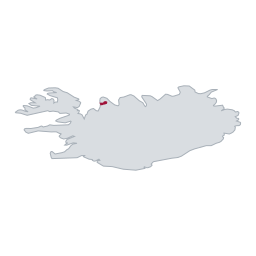 Sveitarfélagið Skagaströnd, Norðurland vestra, Iceland shown in context
{"feature_id": "244011B17586381133924", "entity_name": "Sveitarfélagið Skagaströnd", "entity_type": "district", "adm_level": 2, "iso_a3": "ISL", "parent_name": "Iceland", "parent_adm1": "Norðurland vestra", "projection": "robinson", "projection_center": [-20.221, 65.865], "detail": "fine", "context": "in_parent", "style": "filled", "palette": "rose", "viewbox_px": 256, "rotation_deg": 0, "n_neighbors": 0, "source": "geoboundaries", "source_scale": "gbopen_adm2", "svg_char_len": 4320}
<svg xmlns="http://www.w3.org/2000/svg" viewBox="0 0 256 256"><path d="M198.5,93.6L200.8,93.7L204.6,92.8L210.0,90.1L212.3,89.5L217.6,89.5L211.3,92.1L209.0,94.9L207.3,96.3L207.3,96.9L211.9,98.6L214.1,98.0L215.1,98.3L216.0,99.1L216.6,100.7L216.3,102.3L215.1,104.0L213.4,105.4L213.6,105.9L215.1,106.1L222.6,105.2L223.5,107.3L224.2,108.0L224.0,108.7L221.2,110.9L224.6,109.5L227.4,109.1L232.2,109.8L234.1,110.6L235.4,112.0L237.7,111.5L238.8,112.3L238.9,113.2L238.0,115.5L235.2,116.7L237.0,118.4L238.4,118.4L238.7,118.8L238.6,119.8L236.5,121.0L240.2,122.3L240.6,122.8L240.5,124.3L239.9,125.1L238.9,125.6L236.3,125.7L234.7,126.3L235.3,127.2L234.9,129.9L233.0,132.1L231.1,133.2L229.3,134.0L224.0,133.1L224.3,135.0L222.5,136.2L222.9,137.1L223.6,137.6L223.3,138.9L221.0,141.4L219.4,142.3L216.1,143.3L211.3,145.6L206.4,145.6L194.5,148.9L189.8,150.7L181.5,156.1L177.9,157.5L171.8,158.2L153.4,161.7L151.3,163.9L151.2,164.3L152.1,165.1L150.7,166.7L147.9,167.7L146.6,167.7L144.3,166.8L144.0,167.3L144.9,168.4L135.9,170.2L123.3,169.2L112.2,166.6L103.4,166.1L97.2,162.4L97.0,161.9L97.7,160.8L99.9,160.3L98.9,159.2L95.1,161.1L93.9,161.1L92.3,160.3L92.3,159.5L89.1,159.2L83.8,156.9L83.4,156.4L84.7,155.6L84.4,155.5L81.5,155.6L77.2,157.7L52.0,158.6L51.2,157.4L50.2,153.2L51.1,151.5L52.2,151.6L55.1,154.0L61.8,152.7L64.6,151.8L67.1,149.5L68.6,148.8L70.7,145.9L72.8,144.1L77.0,143.3L73.2,142.8L66.9,145.1L64.7,145.1L65.7,144.1L67.9,142.9L66.4,142.9L65.9,142.3L65.8,141.3L67.0,139.5L74.5,136.4L72.7,135.8L67.5,138.2L63.7,139.0L60.7,137.9L59.2,136.5L59.3,135.9L61.1,134.0L60.9,133.6L59.6,133.5L56.3,131.8L51.1,131.9L38.1,130.9L28.3,133.3L25.9,132.2L24.1,129.9L24.5,128.9L26.2,128.4L31.0,128.5L38.1,127.4L41.3,126.0L42.5,126.4L43.1,127.0L47.5,126.0L49.8,124.8L53.7,125.4L68.4,124.8L70.3,123.3L71.1,121.5L70.7,121.1L65.3,122.8L64.1,122.7L57.9,121.9L55.7,120.9L56.4,120.1L59.7,118.4L68.2,115.5L69.4,114.9L69.5,114.2L66.2,113.0L59.9,113.4L58.3,111.9L53.1,111.1L49.6,111.6L47.8,110.7L27.1,115.3L20.5,113.2L15.8,112.8L15.4,112.2L18.2,110.2L20.1,109.8L22.0,110.0L25.6,111.4L28.1,111.8L25.0,109.8L24.9,107.8L24.0,107.3L23.1,106.0L23.5,105.5L27.2,105.8L33.2,108.1L36.1,107.7L40.0,106.2L31.4,105.4L28.9,103.6L30.8,102.7L35.2,102.8L30.3,99.7L30.1,99.1L31.0,97.8L37.1,99.0L33.9,97.1L33.9,96.7L34.8,96.4L35.3,95.3L36.9,94.8L40.0,95.2L44.8,97.3L45.5,97.9L45.6,100.1L47.5,99.7L49.8,100.0L51.7,98.6L53.0,98.9L54.0,100.2L53.8,103.1L55.2,102.1L57.4,102.0L57.8,99.7L57.4,97.8L50.1,95.6L47.2,94.0L47.6,93.4L49.0,93.0L56.7,92.6L53.4,91.6L52.6,90.7L46.8,91.0L43.9,90.6L43.8,90.2L45.0,89.4L48.6,88.0L55.3,87.8L58.0,88.2L63.1,91.5L67.3,92.8L74.2,97.2L78.7,98.9L78.9,99.4L78.1,99.9L76.4,100.5L79.0,101.2L80.6,102.4L80.7,102.9L79.2,106.4L77.5,107.6L73.4,106.9L74.4,108.1L77.3,109.3L78.0,109.9L77.5,110.6L79.0,110.4L79.4,110.8L78.7,112.8L78.0,113.5L80.4,113.9L82.1,114.9L84.2,119.0L85.3,115.9L85.9,114.7L86.9,114.3L88.1,111.1L90.9,109.2L93.5,108.5L96.2,110.7L98.1,111.0L100.1,107.0L100.4,104.2L99.8,101.0L100.1,98.7L101.5,97.4L103.2,97.0L106.9,98.3L110.0,101.5L114.7,104.9L117.9,105.8L118.5,105.6L119.1,104.5L118.6,100.0L120.1,97.6L123.9,97.0L129.7,94.8L131.0,94.7L133.9,96.0L139.1,100.6L142.8,102.7L144.7,106.0L145.6,106.6L146.4,105.6L146.5,104.1L141.9,97.1L141.8,96.2L142.2,95.4L150.2,95.8L152.0,96.6L157.6,100.6L160.3,98.9L165.6,94.2L167.5,94.4L172.1,96.3L173.9,96.1L179.3,94.4L180.3,92.2L177.9,87.8L178.8,86.9L183.8,85.8L189.2,86.0L194.8,90.1L195.1,92.0L198.5,93.6Z" fill="#d9dde1" stroke="#a8b0b8" stroke-width="1"/><path d="M105.7,101.9L105.0,102.0L104.4,102.1L104.3,102.3L104.3,102.5L104.2,102.5L104.0,102.8L103.9,102.8L103.8,103.0L103.7,103.1L103.6,103.3L103.3,103.4L103.2,103.4L101.1,103.4L101.0,103.5L100.9,103.5L101.0,103.6L101.1,103.8L101.0,104.0L100.9,104.0L100.9,104.3L101.0,104.3L100.9,104.3L101.0,104.3L100.9,104.3L100.9,104.2L101.0,104.2L101.1,104.3L101.1,104.5L101.3,104.5L101.4,104.4L101.5,104.4L101.8,104.4L102.0,104.3L102.3,104.3L102.3,104.2L102.5,104.2L102.8,104.0L103.0,104.0L103.0,103.9L103.3,103.8L103.5,103.8L103.8,103.8L104.0,103.8L104.3,103.8L104.5,103.8L104.6,103.7L104.8,103.7L105.0,103.7L105.3,103.4L105.6,103.3L105.9,103.2L106.0,103.2L106.3,103.2L106.4,102.9L106.4,102.7L106.5,102.5L106.5,102.4L106.4,102.4L106.2,102.3L106.0,102.2L105.9,102.2L105.7,102.0L105.7,101.9L105.7,101.9Z" fill="#f43f5e" stroke="#9f1239" stroke-width="1.5"/></svg>